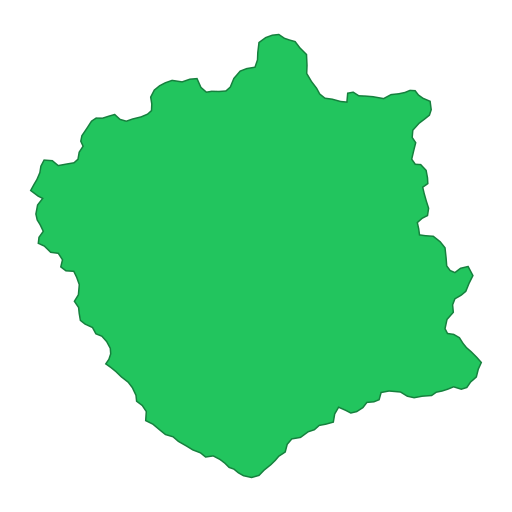 outline of Itaguara, Minas Gerais, Brazil
{"feature_id": "56859067B20958888091041", "entity_name": "Itaguara", "entity_type": "district", "adm_level": 2, "iso_a3": "BRA", "parent_name": "Brazil", "parent_adm1": "Minas Gerais", "projection": "albers", "projection_center": [-44.527, -20.371], "detail": "fine", "context": "isolated", "style": "filled", "palette": "green", "viewbox_px": 512, "rotation_deg": 0, "n_neighbors": 0, "source": "geoboundaries", "source_scale": "gbopen_adm2", "svg_char_len": 2786}
<svg xmlns="http://www.w3.org/2000/svg" viewBox="0 0 512 512"><path d="M30.7,190.5L38.1,196.1L42.7,198.4L37.6,205.0L35.9,214.0L37.2,219.9L40.1,224.6L43.3,231.3L39.0,237.3L38.3,243.3L44.4,246.1L50.7,252.3L58.3,253.3L62.5,259.8L60.8,266.9L65.9,270.8L73.8,271.3L76.7,277.3L79.3,284.6L78.4,294.8L74.4,301.3L78.6,307.5L79.2,313.3L80.4,320.4L85.1,324.1L92.5,327.5L95.9,333.8L101.9,336.2L106.7,341.6L110.3,348.3L110.7,353.9L108.9,359.3L105.8,363.9L110.9,367.5L115.7,371.4L121.4,376.9L128.2,382.2L132.4,387.7L136.0,395.3L136.6,401.2L142.3,405.5L146.3,411.5L145.7,420.6L152.8,424.1L159.5,429.7L165.4,434.5L173.1,436.8L178.4,441.4L186.3,445.9L192.8,449.9L200.4,452.8L205.6,457.0L213.2,455.9L219.9,459.4L224.8,463.1L229.1,467.4L233.9,469.1L238.4,472.8L243.5,475.7L251.6,477.5L259.0,475.4L264.1,470.1L270.8,464.7L275.3,460.3L278.8,456.2L285.2,452.0L287.2,444.3L291.8,438.9L300.5,437.4L308.1,431.8L314.4,429.7L319.2,425.4L325.7,424.2L333.3,422.1L334.7,413.9L338.6,407.2L345.6,410.3L350.8,413.0L356.7,411.6L362.9,407.6L366.9,402.4L373.9,401.8L379.1,399.7L381.1,392.5L389.0,391.0L400.5,392.0L407.3,396.2L414.1,397.7L422.2,396.2L431.6,395.5L436.3,392.2L442.1,391.0L447.7,389.2L453.6,386.8L461.3,389.2L466.8,387.5L470.6,382.0L476.3,377.0L478.3,369.1L481.3,362.5L476.8,357.4L471.2,351.8L466.4,347.6L463.0,343.4L459.4,337.7L453.7,334.4L447.5,333.5L445.0,328.7L447.0,319.4L453.3,312.3L452.6,304.8L454.9,298.8L461.4,295.0L465.8,291.3L469.0,283.4L472.9,275.6L468.1,266.5L460.5,268.3L454.9,272.6L450.1,270.5L446.7,265.9L446.1,258.1L445.0,247.8L440.2,241.8L433.3,236.3L425.2,235.7L419.5,234.9L418.7,228.8L417.3,222.6L422.1,218.3L427.5,215.5L428.6,208.3L426.3,201.1L424.1,193.3L422.7,187.2L427.8,183.6L427.5,177.9L426.1,170.4L420.7,164.6L415.3,164.3L411.7,159.2L413.9,149.8L415.7,142.7L412.2,137.5L412.8,130.2L419.0,123.3L424.9,118.8L429.4,115.2L431.2,109.7L430.1,101.3L423.0,98.3L418.4,95.0L415.1,90.7L410.0,90.4L404.9,92.5L398.7,93.8L391.1,94.6L383.6,98.6L372.9,96.7L365.5,96.1L358.8,95.8L353.2,92.2L347.7,93.2L346.9,102.1L340.6,101.5L332.2,99.2L324.9,98.2L319.7,94.0L316.6,88.3L311.5,81.6L306.7,73.5L307.0,65.4L306.5,54.5L299.8,47.8L295.1,41.6L289.7,40.1L284.4,38.3L278.8,34.5L272.3,35.2L265.7,37.6L259.0,42.5L257.8,52.6L257.5,59.9L255.0,67.2L246.7,68.6L240.2,71.1L233.9,78.4L230.3,87.1L225.9,91.0L218.9,91.5L211.7,91.3L206.4,92.2L200.9,87.4L197.0,78.6L189.9,79.2L182.1,81.9L172.1,80.4L165.3,82.8L159.7,85.7L154.3,90.1L150.7,97.1L151.8,104.0L151.5,110.6L147.5,114.2L141.1,116.9L132.6,119.0L126.3,121.2L120.0,119.4L114.7,114.5L109.1,116.1L102.5,118.2L96.1,118.1L91.5,121.2L86.8,128.5L81.9,135.7L80.8,141.2L83.1,146.2L79.2,152.2L78.0,159.2L74.0,162.8L66.9,164.0L58.2,165.6L52.3,160.7L44.1,160.1L40.9,166.2L39.9,172.6L37.0,179.4L34.1,184.3L30.7,190.5Z" fill="#22c55e" stroke="#15803d" stroke-width="1.5"/></svg>